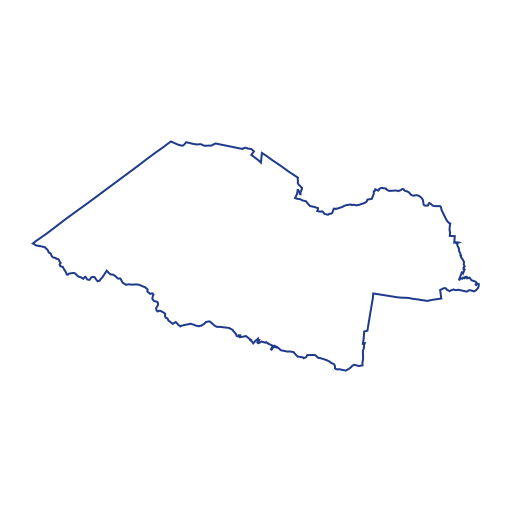 the district of Cacahoatán, Chiapas, Mexico, rotated 271°
{"feature_id": "50627088B46673290590082", "entity_name": "Cacahoatán", "entity_type": "district", "adm_level": 2, "iso_a3": "MEX", "parent_name": "Mexico", "parent_adm1": "Chiapas", "projection": "orthographic", "projection_center": [-92.167, 15.088], "detail": "fine", "context": "isolated", "style": "outline", "palette": "blue", "viewbox_px": 512, "rotation_deg": 271, "n_neighbors": 0, "source": "geoboundaries", "source_scale": "gbopen_adm2", "svg_char_len": 6096}
<svg xmlns="http://www.w3.org/2000/svg" viewBox="0 0 512 512"><g transform="rotate(271 256 256)"><path d="M291.9,449.7L292.2,448.7L293.9,446.8L296.3,445.3L305.3,440.7L308.0,440.1L309.1,439.1L309.0,433.7L309.4,431.9L310.6,430.5L312.0,428.5L311.7,427.9L310.7,427.5L309.8,427.3L309.4,426.8L309.3,425.0L309.5,423.5L310.4,422.7L315.0,421.9L316.9,420.6L318.7,418.4L319.4,416.7L319.6,415.4L319.1,412.4L319.3,411.2L320.1,409.6L322.0,408.2L323.4,405.7L323.6,404.2L324.3,403.1L325.4,402.4L325.5,401.2L324.2,399.2L323.8,397.9L323.4,397.5L324.0,394.4L323.8,393.2L323.4,388.1L324.3,386.0L325.4,384.8L325.6,384.8L326.3,381.0L326.0,379.4L325.8,379.0L325.0,377.9L324.5,377.9L324.4,377.6L323.5,377.0L324.8,374.1L323.2,373.7L322.8,372.7L320.4,372.7L315.2,370.8L314.3,366.4L312.4,365.7L310.9,363.7L309.5,359.5L308.9,358.0L308.4,355.4L309.0,352.6L308.5,351.0L309.1,350.1L309.2,349.7L308.9,348.7L308.9,347.7L308.6,346.8L308.7,346.4L307.6,343.1L306.3,341.1L306.1,340.0L304.7,336.2L304.8,335.5L304.3,334.9L304.7,334.0L304.7,332.9L300.6,331.6L299.9,331.0L299.6,330.3L299.5,328.7L299.2,328.2L298.5,327.3L299.3,323.7L300.1,323.1L300.7,322.5L301.4,322.1L301.7,321.7L301.8,320.9L301.5,320.3L301.6,318.6L302.0,316.5L303.4,317.0L304.9,317.2L306.1,313.4L306.9,309.1L309.7,306.6L310.2,305.9L311.1,305.5L311.6,305.0L312.2,302.2L312.7,300.7L313.5,299.6L313.9,296.2L314.7,294.0L316.8,295.1L318.6,295.8L320.7,296.3L323.6,296.6L322.6,296.9L320.8,298.4L318.9,298.6L318.6,299.4L320.9,299.5L322.1,300.2L323.0,300.3L323.8,300.8L324.7,300.5L325.1,300.7L327.9,297.6L329.2,296.7L330.3,296.5L332.3,296.6L334.1,296.3L335.0,296.6L340.7,287.6L346.9,278.7L352.0,270.8L357.0,263.6L359.1,260.1L349.5,259.3L351.9,256.6L356.9,249.6L360.6,252.1L361.1,251.6L362.8,249.5L363.1,248.0L363.2,246.2L363.9,244.5L364.1,243.1L363.2,241.3L363.2,240.8L362.8,240.5L367.8,213.6L365.5,209.0L365.6,206.5L365.3,203.2L365.6,201.4L366.2,200.5L366.7,199.3L366.8,198.4L366.5,194.9L366.9,191.6L368.5,184.6L368.3,184.0L366.1,182.2L365.1,180.8L365.0,180.1L365.8,176.6L369.0,168.8L362.9,161.0L357.6,153.7L350.3,144.2L344.7,137.2L306.6,87.7L290.8,66.6L274.9,46.5L267.4,36.1L264.6,32.7L263.9,34.2L262.9,35.4L262.1,39.4L262.0,40.7L261.0,45.0L260.2,45.5L259.0,47.0L258.1,47.8L256.7,48.3L255.7,49.0L255.6,49.8L254.4,51.0L252.8,51.5L252.2,51.9L251.1,52.9L250.6,55.4L250.2,56.1L249.7,56.4L249.6,57.7L249.3,58.5L248.1,59.3L247.2,59.6L245.6,60.8L244.1,59.8L242.3,60.6L241.8,62.9L239.2,64.4L237.3,65.7L235.4,66.7L234.3,67.0L234.1,67.5L234.0,68.2L234.7,68.8L235.2,69.6L235.9,74.2L235.2,75.7L232.4,78.6L231.7,81.2L230.2,83.7L231.9,85.1L232.2,85.7L231.9,86.2L229.9,87.4L229.4,88.3L229.2,89.4L229.4,90.2L231.7,91.6L232.3,93.1L232.2,94.1L231.9,95.2L231.2,95.7L230.3,96.1L227.9,98.1L228.6,100.1L230.0,100.9L232.0,102.8L238.7,107.0L236.3,109.3L235.0,110.9L235.0,112.6L234.6,114.0L233.0,116.3L231.7,117.5L231.0,118.6L231.1,120.7L230.3,121.3L227.5,122.8L226.9,123.3L224.9,126.6L225.5,128.8L225.2,132.5L225.3,134.9L225.5,135.5L225.4,138.2L225.0,140.1L223.4,144.0L223.0,145.4L220.7,148.2L218.6,148.0L218.1,148.5L217.1,150.0L216.5,150.5L216.3,151.3L216.8,152.1L216.8,153.3L215.5,154.2L214.8,153.7L211.5,153.1L210.7,153.5L209.2,154.9L208.4,158.1L207.5,158.7L206.5,158.9L205.1,158.8L202.2,157.1L200.3,157.3L198.9,158.4L199.1,159.5L199.6,160.3L199.5,161.4L197.8,164.6L197.2,165.6L196.3,166.3L195.7,166.1L194.1,166.1L193.0,166.6L192.3,167.6L192.1,168.4L191.2,169.1L190.1,169.4L186.7,174.0L188.6,176.9L186.8,178.7L185.4,179.9L185.0,180.8L184.3,181.5L184.9,182.4L186.3,188.0L186.6,190.2L187.0,190.9L187.1,192.0L186.5,193.8L186.1,195.5L185.4,196.7L185.3,197.5L184.7,200.1L185.1,201.0L185.4,202.8L186.2,203.5L186.8,204.9L189.1,207.1L189.8,210.0L189.6,211.1L185.5,216.0L184.5,218.0L184.5,221.5L183.6,230.3L181.9,233.6L178.0,237.0L177.6,237.1L177.2,237.7L176.0,237.9L175.6,238.2L175.3,239.5L175.6,240.5L176.4,240.4L176.4,241.6L174.6,241.4L175.1,244.6L175.8,247.3L172.3,252.0L172.1,251.5L171.4,251.9L170.8,253.2L168.6,254.7L170.7,256.5L170.8,256.9L171.5,257.1L171.4,257.5L171.6,257.9L173.4,259.4L173.0,259.5L172.5,259.3L172.1,260.7L169.4,259.0L168.8,259.9L169.6,261.5L170.6,262.9L169.5,266.8L170.1,267.6L168.8,269.3L168.9,269.8L168.2,270.4L168.0,271.1L166.5,274.5L163.0,272.6L162.6,273.2L165.5,275.0L165.3,275.6L165.6,275.9L165.4,276.2L165.0,277.8L165.9,277.4L164.7,279.7L162.2,282.5L161.0,289.0L161.0,289.7L161.2,290.8L160.6,295.2L158.1,297.4L156.0,299.6L156.0,301.3L155.3,305.1L154.6,305.6L155.7,307.9L157.8,309.0L158.1,316.6L155.2,320.1L155.0,322.3L153.1,328.5L151.3,332.1L150.3,333.2L149.2,335.9L147.7,336.7L147.1,336.9L145.1,336.9L144.6,337.4L144.0,339.2L144.3,340.9L143.0,347.8L144.7,350.7L145.9,352.3L146.9,353.4L148.0,354.2L148.1,354.7L149.0,356.0L147.8,360.8L148.5,364.4L151.3,364.3L155.3,364.9L162.7,364.5L166.3,365.6L168.7,365.6L170.8,366.3L170.7,365.6L170.2,364.4L175.0,365.1L182.4,365.5L183.3,368.7L198.5,370.9L216.1,373.6L220.6,373.9L217.2,398.0L216.9,401.7L216.8,408.0L216.6,410.0L215.9,413.7L215.4,418.3L215.4,419.8L214.8,421.2L214.9,422.4L214.6,423.7L214.6,425.1L214.2,426.6L214.1,428.5L215.1,432.2L216.7,442.0L225.2,440.7L227.1,444.4L227.2,445.6L226.8,446.6L225.8,447.2L224.2,450.2L224.7,450.8L226.0,454.0L225.5,455.4L225.4,457.1L225.5,457.9L225.8,458.6L225.7,459.4L224.1,467.1L224.3,467.9L225.4,469.3L225.5,470.1L225.4,471.5L224.4,474.5L225.5,476.4L227.5,478.3L229.5,479.1L231.0,479.3L232.0,479.1L232.1,477.6L230.8,476.5L231.3,476.1L232.6,476.9L233.3,476.9L233.6,476.7L234.2,475.9L235.5,471.9L238.1,469.9L237.3,467.5L238.4,466.9L238.6,467.2L238.8,467.0L238.7,465.9L238.4,464.9L238.0,464.7L237.5,465.0L237.3,464.6L237.8,463.8L237.9,463.4L237.7,462.9L236.9,462.6L237.1,461.5L237.0,460.8L235.8,459.9L236.0,459.5L243.3,462.1L243.2,462.6L242.8,463.2L242.4,463.4L245.9,464.7L246.1,463.9L247.3,464.3L247.8,463.6L248.8,464.2L249.5,464.8L251.1,463.8L253.7,464.1L255.9,462.9L257.3,461.7L259.7,460.5L259.9,461.0L263.2,459.7L264.4,459.0L265.5,458.8L266.8,458.8L270.1,457.2L271.5,457.0L272.0,456.3L272.4,456.7L273.0,458.3L273.2,457.3L272.6,456.1L273.3,455.5L272.9,454.0L279.3,454.4L279.5,449.4L283.1,449.6L285.6,449.0L289.7,449.3L291.9,449.7Z" fill="none" stroke="#1e3a8a" stroke-width="2"/></g></svg>